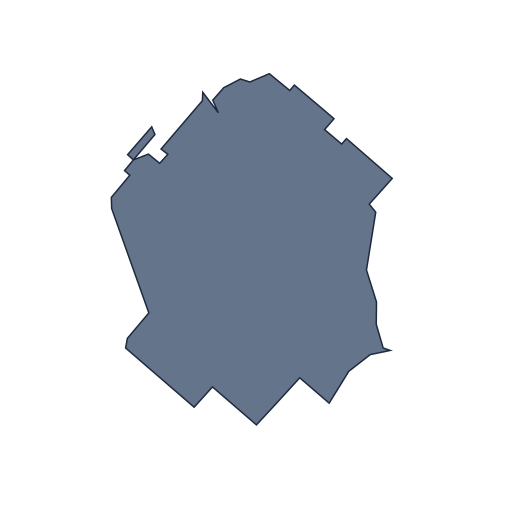 Macon, Georgia, United States of America, rotated 310°
{"feature_id": "52423323B39498554570505", "entity_name": "Macon", "entity_type": "district", "adm_level": 2, "iso_a3": "USA", "parent_name": "United States of America", "parent_adm1": "Georgia", "projection": "natural_earth1", "projection_center": [-84.01, 32.351], "detail": "fine", "context": "isolated", "style": "filled", "palette": "slate", "viewbox_px": 512, "rotation_deg": 310, "n_neighbors": 0, "source": "geoboundaries", "source_scale": "gbopen_adm2", "svg_char_len": 769}
<svg xmlns="http://www.w3.org/2000/svg" viewBox="0 0 512 512"><g transform="rotate(310 256 256)"><path d="M404.2,149.0L385.3,139.4L381.6,130.3L364.2,123.1L347.6,122.7L341.5,135.1L347.2,110.0L340.5,115.1L276.9,114.5L277.2,123.1L265.1,122.6L264.9,108.1L250.8,100.3L236.9,100.4L236.7,107.4L207.9,107.5L199.6,114.9L143.5,210.5L110.2,210.4L101.7,215.3L101.4,236.7L100.4,305.8L127.7,306.8L126.9,364.9L155.5,366.3L190.8,367.8L190.3,406.6L227.4,401.2L253.9,406.9L269.9,419.5L267.3,412.5L281.0,392.0L298.2,377.9L316.3,349.6L366.5,319.6L368.5,309.4L403.0,310.5L404.1,249.8L396.8,249.7L396.9,227.3L411.3,227.5L411.4,216.8L411.6,175.5L404.5,175.5L404.2,149.0ZM287.9,93.1L251.1,92.5L250.8,100.3L284.1,100.5L287.9,93.1Z" fill="#64748b" stroke="#1e293b" stroke-width="1.5"/></g></svg>